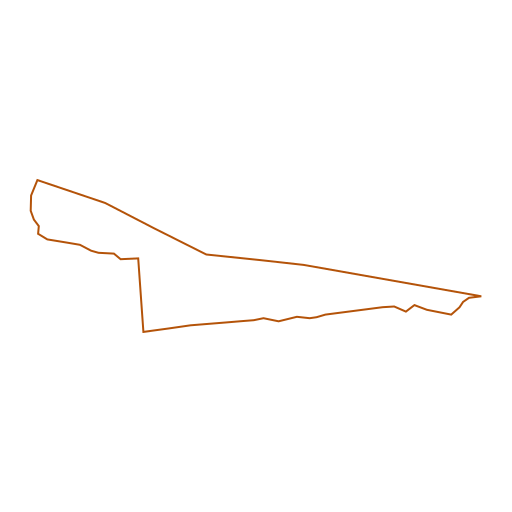 Jaçanã, Rio Grande do Norte, Brazil (Albers equal-area conic projection)
{"feature_id": "56859067B38993926248050", "entity_name": "Jaçanã", "entity_type": "district", "adm_level": 2, "iso_a3": "BRA", "parent_name": "Brazil", "parent_adm1": "Rio Grande do Norte", "projection": "albers", "projection_center": [-36.213, -6.403], "detail": "fine", "context": "isolated", "style": "outline", "palette": "amber", "viewbox_px": 512, "rotation_deg": 0, "n_neighbors": 0, "source": "geoboundaries", "source_scale": "gbopen_adm2", "svg_char_len": 619}
<svg xmlns="http://www.w3.org/2000/svg" viewBox="0 0 512 512"><path d="M37.4,180.1L31.1,195.5L30.7,210.8L33.9,219.6L38.8,226.1L38.1,233.8L47.3,239.4L66.9,242.6L79.9,244.8L91.1,250.7L98.5,252.8L113.9,253.6L120.6,259.2L138.2,258.4L143.4,331.9L168.4,328.5L190.6,325.3L226.7,322.4L242.2,321.1L253.8,320.2L263.5,318.2L278.6,321.3L296.9,316.8L309.7,318.2L316.6,317.2L325.4,314.6L382.6,307.2L394.2,306.5L405.9,311.6L414.4,305.1L426.9,309.8L451.2,314.6L459.5,307.3L463.1,301.9L469.0,297.8L481.3,296.3L303.6,264.9L261.2,260.2L206.3,254.5L154.3,228.4L105.2,203.0L37.4,180.1Z" fill="none" stroke="#b45309" stroke-width="2"/></svg>